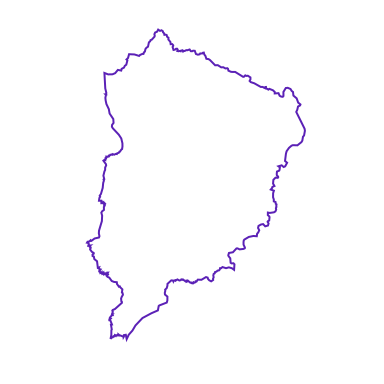 Noen Maprang, Phitsanulok, Thailand, rotated 8°
{"feature_id": "78962969B82229803115956", "entity_name": "Noen Maprang", "entity_type": "district", "adm_level": 2, "iso_a3": "THA", "parent_name": "Thailand", "parent_adm1": "Phitsanulok", "projection": "orthographic", "projection_center": [100.656, 16.557], "detail": "fine", "context": "isolated", "style": "outline", "palette": "violet", "viewbox_px": 384, "rotation_deg": 8, "n_neighbors": 0, "source": "geoboundaries", "source_scale": "gbopen_adm2", "svg_char_len": 5996}
<svg xmlns="http://www.w3.org/2000/svg" viewBox="0 0 384 384"><g transform="rotate(8 192 192)"><path d="M295.1,120.4L295.3,115.7L294.7,113.7L284.1,98.2L284.8,95.9L285.1,92.6L287.0,91.2L287.2,90.2L284.7,88.7L282.6,84.7L279.0,82.4L278.1,78.9L276.7,78.1L275.2,76.3L272.3,75.5L270.4,76.0L268.6,80.2L269.2,84.2L268.6,85.1L267.0,85.1L265.4,84.5L263.9,82.1L260.2,82.9L260.0,81.4L258.0,80.0L254.3,79.1L253.3,80.0L252.4,79.4L250.9,79.3L250.6,77.7L250.0,77.8L249.2,78.9L247.4,78.1L245.5,78.4L238.6,75.7L234.9,75.0L233.6,74.0L234.2,72.2L233.9,70.4L231.1,69.1L229.5,69.5L228.5,69.1L227.3,70.7L226.5,70.8L218.1,67.1L214.1,67.6L211.2,66.8L210.5,65.0L209.8,64.5L207.9,65.0L205.6,64.1L203.6,64.5L199.9,62.8L197.3,63.3L191.4,58.8L189.9,58.1L187.7,58.1L186.3,55.3L185.0,54.1L184.3,52.3L183.4,52.6L182.9,53.4L180.8,53.7L180.4,54.6L178.7,55.2L176.7,54.8L175.1,51.8L173.4,51.9L172.5,52.6L171.2,52.7L169.8,51.2L167.6,52.3L166.6,52.3L165.1,53.4L164.1,53.4L163.6,54.1L162.8,53.0L161.6,53.5L161.3,54.2L160.6,53.9L159.0,54.5L157.8,54.4L158.0,52.9L157.3,52.2L156.2,52.4L155.3,53.4L153.9,53.9L152.6,51.1L153.1,49.8L152.9,49.2L151.8,48.3L150.3,48.6L149.7,46.4L147.4,44.3L147.2,42.5L145.7,41.7L145.1,40.1L143.9,39.8L142.8,40.2L142.2,38.7L141.1,37.9L140.8,36.9L139.3,36.1L137.9,36.9L135.9,35.9L135.1,38.1L133.3,39.2L132.8,41.0L133.3,42.2L133.3,43.3L131.0,46.7L129.8,47.4L129.6,48.6L128.5,49.8L128.2,54.2L126.8,55.5L126.0,56.9L125.8,59.5L125.1,60.2L124.7,62.0L123.9,62.0L121.5,63.5L120.7,64.6L115.9,63.8L110.5,64.3L110.0,68.2L108.7,69.9L109.7,70.6L109.2,75.1L107.9,76.4L107.3,78.3L105.2,79.8L105.0,81.6L101.6,81.4L99.4,85.0L96.9,86.5L92.6,87.2L88.7,86.3L91.7,101.5L93.4,105.9L93.2,106.6L93.5,107.3L92.8,107.4L93.3,107.8L93.1,110.8L93.8,113.5L95.0,116.8L98.1,121.5L99.5,125.8L103.9,130.7L104.7,134.5L103.5,136.7L103.6,138.5L104.7,139.9L111.6,145.5L114.5,148.8L116.3,153.4L116.8,156.5L116.8,159.2L116.2,159.7L115.0,162.1L114.5,162.2L114.1,163.3L112.5,164.1L112.3,164.9L111.2,164.9L109.7,165.9L108.3,165.5L107.9,166.2L107.1,166.0L106.4,166.6L105.9,166.5L105.0,168.0L104.6,167.7L104.2,168.5L102.6,168.8L102.9,169.1L102.3,169.3L102.3,170.5L101.9,170.5L102.1,171.1L101.4,171.7L101.6,172.4L100.9,172.3L99.9,173.3L102.9,176.4L103.3,177.6L102.6,179.8L102.9,182.3L102.4,183.8L102.0,188.2L103.3,191.4L102.7,191.9L103.2,193.0L102.8,195.2L103.0,200.4L102.1,206.6L101.1,208.6L101.7,209.5L101.1,210.8L101.1,213.6L103.6,213.2L104.2,214.2L103.6,214.6L103.8,215.7L104.7,215.5L105.7,214.5L106.1,215.6L106.8,215.1L107.6,215.8L107.2,216.3L107.5,217.1L106.9,217.6L107.2,218.5L106.8,219.1L107.3,222.0L105.7,223.6L105.1,225.1L106.3,227.9L106.8,233.4L105.3,243.2L105.5,245.9L106.5,248.6L106.2,250.0L102.0,251.6L99.2,254.4L98.9,254.5L98.3,253.9L97.2,255.3L95.5,255.8L95.1,256.8L96.1,256.8L97.1,257.9L96.8,259.6L98.5,259.2L97.7,260.0L98.3,260.5L98.4,260.2L98.9,260.3L99.5,261.4L99.1,261.9L99.1,263.1L101.2,265.2L103.1,266.0L103.3,266.7L102.2,267.8L102.5,269.3L103.8,269.6L104.6,272.0L107.6,273.8L109.3,280.2L110.3,279.7L110.1,280.3L110.6,280.8L111.0,280.8L111.6,281.5L112.2,281.5L111.7,282.5L111.2,282.6L111.2,283.6L112.0,283.8L112.4,284.8L112.7,284.5L113.3,284.9L113.9,283.9L114.5,285.3L115.1,284.6L115.1,285.4L116.0,285.1L116.2,285.9L117.2,285.4L117.3,284.7L118.0,285.2L118.0,284.7L119.0,284.3L119.2,283.6L119.9,283.5L119.6,284.1L120.4,285.4L119.1,286.9L120.2,287.8L122.0,288.3L124.9,291.3L127.3,291.9L130.1,291.8L130.5,293.5L132.9,296.0L133.6,295.5L134.4,296.5L136.6,298.1L136.6,301.3L137.3,301.7L137.9,303.4L137.0,305.6L136.6,307.4L137.3,310.2L137.9,310.6L138.0,311.5L132.0,318.6L129.9,319.9L129.6,320.6L130.3,321.8L129.8,323.8L130.5,323.9L130.0,324.5L130.4,325.0L129.9,325.1L128.3,327.6L128.1,328.2L129.1,328.6L127.9,329.9L128.0,330.5L129.0,330.5L131.2,334.4L130.2,334.7L131.7,339.3L131.4,340.1L132.0,344.9L131.8,348.0L132.3,348.1L132.8,347.2L133.6,347.0L134.2,345.9L134.7,346.1L135.5,344.7L135.9,344.9L135.8,344.4L137.5,344.8L137.8,344.0L138.5,343.6L139.0,343.9L138.9,343.2L139.9,343.8L144.3,344.8L144.4,345.2L144.7,344.5L144.5,343.2L146.3,342.6L147.8,346.8L149.2,342.2L152.3,337.5L154.6,332.0L160.5,323.7L168.7,317.7L174.7,314.0L174.9,309.5L175.4,308.9L182.4,305.0L182.7,302.8L182.2,299.0L179.5,297.3L179.1,295.7L179.3,293.5L179.0,292.4L180.3,290.8L180.7,288.3L180.5,286.4L183.8,282.4L185.5,282.3L186.0,283.1L186.1,282.7L187.1,282.0L187.9,282.2L188.0,281.5L188.8,281.4L189.7,280.6L191.8,281.4L193.1,280.9L193.6,280.0L195.1,280.3L195.3,279.9L197.8,281.3L198.8,281.1L199.0,281.7L199.7,281.3L199.4,280.6L200.0,280.7L200.2,280.3L202.7,281.9L203.6,281.7L204.0,282.3L205.1,282.4L205.6,281.6L206.0,281.9L206.3,281.1L207.2,281.4L208.1,280.7L208.1,279.9L209.0,279.9L209.9,278.0L213.6,277.6L217.7,274.3L219.4,274.6L220.0,275.9L221.3,277.0L223.4,277.8L225.2,276.2L224.9,274.9L225.3,273.5L224.7,271.6L224.9,270.0L225.8,269.4L226.0,268.0L227.3,267.5L228.2,266.3L229.6,265.9L230.3,264.9L230.4,263.5L231.5,263.4L232.6,262.1L236.3,262.7L239.0,261.5L242.0,261.9L244.5,263.2L244.1,257.7L243.0,256.8L241.1,257.2L240.1,256.7L239.1,252.3L237.2,250.5L236.7,249.6L237.1,247.2L240.9,246.0L243.9,241.7L244.9,241.5L247.1,242.2L250.9,241.2L252.1,240.4L252.1,239.6L250.4,237.0L250.0,234.5L250.0,232.7L250.5,231.8L254.5,228.6L258.9,227.0L262.3,226.8L262.3,224.2L263.2,222.9L263.9,220.5L262.4,218.4L262.6,216.3L264.8,214.6L266.9,213.9L269.3,215.8L271.9,214.6L272.2,212.5L271.0,211.0L271.2,210.4L272.4,209.5L272.3,206.3L272.0,205.5L270.3,204.3L270.0,201.8L271.9,201.9L276.0,200.7L277.3,199.6L277.8,197.7L277.3,196.3L277.7,195.0L277.4,194.4L277.4,192.5L276.6,192.1L276.1,190.3L274.3,189.9L274.0,187.9L273.0,185.9L272.5,181.9L272.9,179.3L269.7,178.6L270.7,177.0L270.9,175.8L272.8,174.6L271.1,172.4L270.9,168.6L272.7,166.2L275.0,166.0L275.3,165.5L275.1,164.7L273.8,163.8L273.4,162.5L273.3,159.9L275.4,158.7L275.6,157.9L275.6,155.4L274.0,154.5L277.1,153.1L279.3,154.5L280.7,153.6L282.1,149.8L279.8,148.3L279.7,141.0L280.0,138.5L281.9,134.8L284.1,132.3L285.3,131.6L289.9,131.1L293.4,127.4L294.1,125.8L294.2,121.9L295.1,120.4Z" fill="none" stroke="#5b21b6" stroke-width="2"/></g></svg>